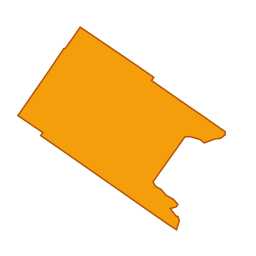 Columbia, Wisconsin, United States of America, rotated 215°
{"feature_id": "52423323B84729075264593", "entity_name": "Columbia", "entity_type": "district", "adm_level": 2, "iso_a3": "USA", "parent_name": "United States of America", "parent_adm1": "Wisconsin", "projection": "robinson", "projection_center": [-89.482, 43.462], "detail": "fine", "context": "isolated", "style": "filled", "palette": "amber", "viewbox_px": 256, "rotation_deg": 215, "n_neighbors": 0, "source": "geoboundaries", "source_scale": "gbopen_adm2", "svg_char_len": 651}
<svg xmlns="http://www.w3.org/2000/svg" viewBox="0 0 256 256"><g transform="rotate(215 128 128)"><path d="M46.2,180.7L76.3,180.7L81.2,180.6L106.2,180.4L136.0,180.4L136.0,184.3L165.6,184.1L225.0,183.2L224.9,171.2L224.9,170.1L224.9,169.0L225.0,162.9L225.0,157.6L226.1,156.2L225.6,129.2L225.3,75.0L195.2,75.4L195.2,71.7L165.5,71.9L105.8,72.0L76.7,72.0L39.2,72.1L30.2,72.5L29.9,72.5L32.8,81.4L36.1,84.1L36.8,84.0L38.0,83.4L47.1,86.2L43.2,91.2L43.3,94.0L49.6,95.6L58.2,94.8L65.9,96.7L72.1,96.0L76.7,98.3L76.3,153.4L72.1,156.6L62.5,159.9L57.0,159.5L50.4,169.1L46.4,172.4L44.5,178.1L46.2,180.7Z" fill="#f59e0b" stroke="#b45309" stroke-width="1.5"/></g></svg>